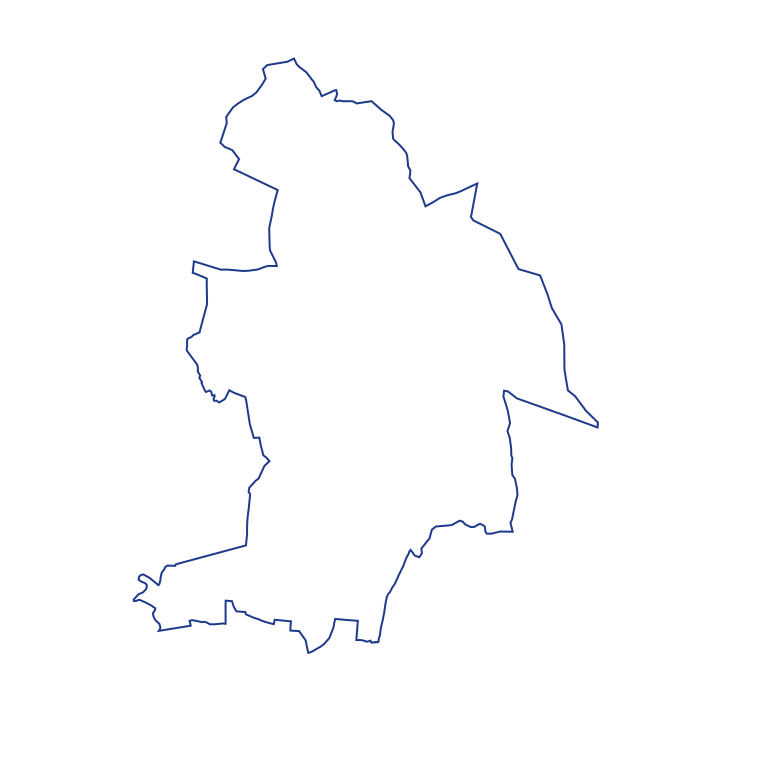 Ezza South, Ebonyi, Nigeria, rotated 284°
{"feature_id": "59680162B18578493945657", "entity_name": "Ezza South", "entity_type": "district", "adm_level": 2, "iso_a3": "NGA", "parent_name": "Nigeria", "parent_adm1": "Ebonyi", "projection": "mercator", "projection_center": [7.982, 6.114], "detail": "fine", "context": "isolated", "style": "outline", "palette": "blue", "viewbox_px": 768, "rotation_deg": 284, "n_neighbors": 0, "source": "geoboundaries", "source_scale": "gbopen_adm2", "svg_char_len": 4409}
<svg xmlns="http://www.w3.org/2000/svg" viewBox="0 0 768 768"><g transform="rotate(284 384 384)"><path d="M457.0,169.9L445.6,171.5L445.4,173.9L444.6,179.6L443.5,186.5L437.8,187.9L422.9,191.9L418.6,193.0L390.2,192.5L389.6,192.6L388.6,191.4L385.4,187.2L383.3,186.0L380.2,182.3L376.6,182.8L375.3,183.3L373.4,183.7L371.6,184.0L370.6,184.0L368.7,184.6L357.8,197.8L354.6,199.6L351.1,200.3L349.8,201.6L347.6,203.7L345.5,203.2L341.7,207.1L340.8,206.7L334.4,211.7L333.2,213.2L335.5,216.3L335.1,217.3L334.9,218.1L331.3,220.0L332.2,222.1L331.0,222.7L328.5,222.1L326.6,223.2L327.3,225.5L326.2,228.5L330.1,232.5L331.6,233.5L340.5,235.4L339.2,240.5L337.8,252.6L334.8,254.2L312.9,263.4L300.2,270.7L301.8,276.0L294.4,279.4L285.6,284.2L283.9,288.1L281.4,291.5L275.6,287.8L262.0,285.2L258.8,282.7L250.8,278.4L246.6,278.7L244.7,280.8L230.3,282.9L223.1,283.7L218.0,284.5L211.4,285.9L205.1,287.5L194.0,289.1L180.2,264.3L158.7,225.6L157.1,225.4L156.3,222.0L155.5,218.0L153.5,216.0L151.3,215.7L148.8,214.7L146.8,213.9L144.8,214.0L142.0,214.1L139.6,214.5L135.3,214.4L134.2,213.8L139.3,203.1L141.0,196.5L139.7,194.2L137.9,193.0L134.7,193.3L133.7,195.9L133.3,198.2L132.8,200.9L131.3,202.6L128.7,203.0L127.0,202.5L123.7,200.7L120.6,196.7L114.3,193.3L113.0,193.7L113.4,195.8L114.9,197.8L115.4,199.4L114.2,206.2L112.9,211.5L111.0,216.3L109.7,216.6L106.7,215.6L105.5,215.2L102.5,216.7L99.6,219.2L97.0,224.0L93.8,225.9L92.2,225.9L90.0,225.2L102.7,254.9L107.2,252.7L108.5,255.0L108.8,260.4L108.9,265.1L109.7,266.9L109.7,269.7L108.7,273.2L109.9,277.8L112.7,285.7L113.0,288.3L132.3,283.5L135.5,282.8L136.5,289.0L131.4,292.2L127.7,295.9L129.2,304.6L127.1,305.7L125.6,314.7L125.5,318.7L124.6,323.8L124.3,329.8L124.3,335.1L128.8,335.0L131.2,351.2L126.9,351.8L122.1,352.8L123.7,361.4L116.5,369.8L115.0,370.7L112.8,371.6L108.3,373.8L104.8,375.6L105.9,377.5L107.6,379.6L109.1,381.1L114.1,386.3L117.6,389.0L124.3,392.4L134.7,393.8L137.1,393.8L140.4,393.5L144.2,393.5L146.3,406.6L147.3,412.4L147.9,415.9L146.1,416.2L128.9,419.1L130.1,424.4L129.9,430.1L131.7,433.0L130.2,434.1L129.9,434.6L130.9,436.2L130.8,437.6L131.5,437.9L131.9,438.9L131.7,440.1L132.4,441.0L135.7,440.6L139.0,440.8L141.8,440.6L144.9,440.1L150.3,439.9L154.7,439.9L158.9,439.6L161.1,439.6L164.9,439.2L168.1,438.9L173.3,438.4L176.7,438.4L177.9,438.2L181.3,438.9L183.5,440.1L188.9,441.4L192.4,442.8L197.7,443.8L201.6,444.5L205.1,445.2L212.9,446.9L216.5,447.2L221.6,447.9L223.5,448.5L224.9,448.9L227.6,449.1L229.5,450.0L225.0,455.3L224.4,460.1L228.9,461.7L233.5,460.1L245.2,465.5L254.3,465.7L258.3,468.9L263.4,483.7L269.7,490.5L269.5,493.8L267.5,496.5L266.2,502.7L267.2,506.2L271.5,510.7L271.3,513.2L270.1,516.3L265.5,518.0L263.7,519.8L264.7,524.4L269.0,532.5L271.8,544.6L279.9,540.3L283.5,541.0L291.5,540.6L303.0,540.2L308.6,540.4L315.3,538.1L323.8,533.9L326.8,530.5L336.6,527.3L343.2,526.5L345.2,524.9L352.4,522.9L362.3,519.0L368.1,515.2L376.3,515.8L377.9,515.2L387.7,510.7L393.1,507.6L400.7,502.9L406.6,502.1L406.7,506.3L402.2,516.4L400.9,529.8L397.0,568.8L393.5,601.7L398.4,600.9L406.9,586.4L418.3,572.5L422.3,564.0L432.5,559.5L441.6,555.6L453.6,552.5L465.7,549.4L484.7,541.8L498.3,528.5L508.7,522.1L510.5,521.0L527.1,509.2L528.0,487.4L528.0,486.7L557.1,461.1L557.9,460.1L564.3,431.2L567.0,428.0L601.1,426.0L594.7,418.0L589.9,412.2L586.4,407.3L582.1,399.2L578.2,393.3L572.6,388.0L566.4,381.3L578.9,372.9L582.0,368.9L589.9,358.9L594.5,358.5L597.5,357.9L601.3,354.6L604.2,353.7L608.6,352.1L610.7,351.4L613.7,349.6L616.9,345.5L619.8,341.2L623.1,335.1L624.2,333.6L625.8,332.9L631.1,331.2L636.5,330.9L639.4,330.5L642.1,329.1L645.5,324.8L649.5,314.8L655.4,303.5L649.6,289.5L650.7,286.1L650.5,283.8L648.4,275.8L648.3,272.3L646.9,269.6L647.7,267.4L651.7,268.3L654.4,268.2L657.6,266.6L656.9,265.0L654.3,261.8L648.2,253.9L652.9,250.4L655.4,246.6L660.4,242.6L662.1,240.2L667.6,233.4L671.3,224.8L673.2,221.9L678.0,217.9L673.3,212.3L665.2,193.5L660.2,190.4L651.7,195.3L646.0,193.6L645.8,193.6L636.2,189.7L631.7,186.4L625.8,179.2L620.9,174.6L615.9,170.6L605.0,166.3L602.6,167.1L599.0,168.3L587.5,167.5L578.5,166.8L575.3,172.5L575.2,174.8L574.1,180.4L567.1,189.0L561.6,187.7L556.1,186.5L546.5,233.9L535.2,233.7L527.8,233.8L520.8,234.4L507.5,234.9L490.1,239.7L486.2,241.0L475.6,250.0L472.5,251.4L471.4,246.7L470.7,243.7L469.9,241.8L468.6,239.6L466.8,237.0L464.6,233.9L461.1,225.1L459.6,220.1L457.2,204.8L455.5,198.1L456.3,183.4L457.0,169.9Z" fill="none" stroke="#1e3a8a" stroke-width="2"/></g></svg>